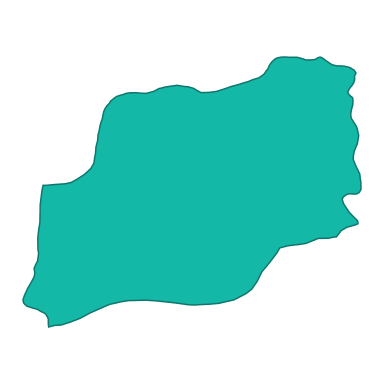 Karluway #2, Maryland, Liberia
{"feature_id": "62588387B3504103493017", "entity_name": "Karluway #2", "entity_type": "district", "adm_level": 2, "iso_a3": "LBR", "parent_name": "Liberia", "parent_adm1": "Maryland", "projection": "albers", "projection_center": [-7.68, 4.692], "detail": "fine", "context": "isolated", "style": "filled", "palette": "teal", "viewbox_px": 384, "rotation_deg": 0, "n_neighbors": 0, "source": "geoboundaries", "source_scale": "gbopen_adm2", "svg_char_len": 2672}
<svg xmlns="http://www.w3.org/2000/svg" viewBox="0 0 384 384"><path d="M48.7,327.0L50.2,326.6L54.7,325.4L61.2,325.0L69.8,322.3L79.9,318.4L90.4,312.8L103.3,307.1L109.8,304.3L115.5,303.1L120.3,301.9L128.5,300.6L145.9,300.2L155.7,300.8L169.7,302.3L171.6,302.5L177.3,303.2L185.8,304.4L187.6,304.7L194.9,305.0L200.4,304.6L209.3,304.2L214.8,303.7L219.2,303.3L225.3,301.8L233.9,299.9L241.4,296.0L245.7,293.8L250.2,290.4L251.6,289.3L257.1,281.5L261.8,271.9L269.9,262.2L273.1,257.9L277.0,252.8L279.8,247.9L287.9,245.8L295.7,244.8L297.4,244.7L305.4,243.5L305.9,243.4L318.3,238.4L328.1,238.3L334.4,237.0L336.4,236.9L337.8,235.1L341.2,230.6L346.8,227.3L350.8,226.2L355.3,224.9L358.0,223.7L357.6,220.8L352.2,215.4L349.2,212.2L345.9,207.4L343.4,203.3L342.1,199.0L343.6,196.7L346.5,194.6L348.5,193.9L350.8,193.8L354.2,194.1L356.9,193.9L359.4,192.3L361.0,189.4L360.9,183.2L360.9,182.1L360.3,179.1L359.8,174.1L355.5,165.1L353.2,159.4L353.4,155.7L354.2,151.4L354.6,150.3L357.4,143.5L358.7,135.6L357.5,129.9L356.5,126.5L351.3,118.4L350.8,115.6L350.8,113.5L351.4,109.9L352.4,106.2L352.8,104.7L353.0,100.7L352.6,97.7L349.1,94.8L347.7,92.0L349.4,88.7L352.2,85.2L353.6,83.0L354.6,80.1L354.6,75.9L356.0,73.2L354.3,70.3L350.0,67.6L345.0,66.3L341.1,65.9L336.8,65.9L331.9,64.7L326.0,60.7L322.6,58.1L321.5,57.6L320.3,57.1L318.1,57.6L315.4,59.4L311.5,59.9L306.0,60.0L302.2,58.6L297.3,57.3L293.2,57.3L289.5,57.3L285.4,57.0L281.3,57.1L277.3,57.9L274.6,59.3L271.7,62.1L269.2,65.6L268.0,68.8L266.1,70.9L264.5,73.7L261.1,76.3L258.5,78.0L252.8,79.6L248.5,81.5L243.3,83.0L238.7,84.5L231.2,86.5L225.3,88.6L216.6,91.4L209.2,92.4L201.7,92.6L201.1,92.6L197.1,90.5L193.7,88.4L188.3,86.8L183.7,86.4L177.0,85.3L170.7,86.2L165.3,87.0L162.0,87.9L160.3,88.3L158.9,88.6L153.7,91.4L149.1,92.6L145.8,93.4L140.9,93.2L136.1,92.7L129.9,92.8L127.8,93.1L126.4,93.3L122.8,94.6L119.2,95.6L116.6,96.5L114.2,98.2L110.8,100.9L109.5,103.2L106.9,105.8L105.2,108.4L103.7,111.6L102.8,115.9L102.2,119.2L101.1,122.0L100.1,125.5L99.0,131.4L98.1,134.6L98.0,135.4L97.6,140.6L96.4,145.4L96.0,146.7L95.9,148.1L95.4,154.3L94.7,157.1L93.9,163.1L90.9,168.4L87.9,171.3L83.9,174.8L81.1,176.6L76.9,179.3L71.1,182.5L65.0,183.8L54.9,184.5L45.5,185.4L44.1,185.3L43.1,185.3L42.0,190.3L40.3,203.9L40.2,204.6L40.1,214.0L40.0,214.5L40.0,216.6L39.9,222.4L39.0,228.0L38.8,229.1L37.8,237.8L37.9,246.1L38.0,250.0L38.6,253.3L37.6,260.9L35.7,264.7L34.1,268.3L34.8,273.0L34.7,273.6L34.2,276.6L31.5,281.8L30.8,283.1L27.7,288.3L24.5,295.3L23.0,299.7L23.5,302.8L25.0,304.5L26.9,306.2L33.2,308.2L35.1,308.7L37.3,309.3L40.9,311.5L44.9,313.3L46.7,315.6L47.9,318.1L48.3,318.7L48.3,323.3L48.5,326.1L48.7,327.0Z" fill="#14b8a6" stroke="#0f766e" stroke-width="1.5"/></svg>